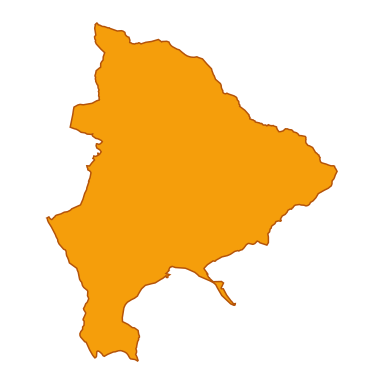 the district of Campulung Moldovenesc, Suceava, Romania
{"feature_id": "2599482B38136617822429", "entity_name": "Campulung Moldovenesc", "entity_type": "district", "adm_level": 2, "iso_a3": "ROU", "parent_name": "Romania", "parent_adm1": "Suceava", "projection": "robinson", "projection_center": [25.58, 47.494], "detail": "fine", "context": "isolated", "style": "filled", "palette": "amber", "viewbox_px": 384, "rotation_deg": 0, "n_neighbors": 0, "source": "geoboundaries", "source_scale": "gbopen_adm2", "svg_char_len": 5850}
<svg xmlns="http://www.w3.org/2000/svg" viewBox="0 0 384 384"><path d="M104.3,356.3L107.8,354.3L113.3,352.0L115.3,351.8L118.3,350.8L120.4,350.6L121.7,350.8L124.6,351.9L126.5,353.1L127.8,354.6L129.7,357.9L130.7,358.9L135.0,359.5L137.6,361.0L138.1,360.3L137.6,359.2L137.3,357.8L135.7,354.3L136.5,352.5L136.6,351.0L135.9,348.7L136.6,347.2L136.7,346.0L137.6,341.6L138.6,339.7L138.6,338.0L139.4,337.2L139.4,336.0L138.7,334.3L138.1,330.5L134.5,327.9L132.3,327.6L128.1,324.4L122.5,321.6L122.3,317.7L123.9,307.8L125.3,304.7L127.4,302.2L131.4,299.7L134.5,298.2L137.5,296.0L138.0,294.8L140.0,291.3L141.7,288.7L145.4,285.3L151.5,283.7L155.2,282.9L161.8,278.8L162.5,278.6L166.0,275.8L166.4,277.4L167.1,277.6L167.8,277.4L168.0,275.8L169.7,274.7L166.0,273.5L168.5,271.1L168.3,271.1L169.8,267.5L171.0,267.0L170.8,266.9L171.1,266.7L172.2,266.4L175.4,267.5L185.3,268.2L187.9,269.2L194.8,272.3L197.6,274.6L199.0,276.1L209.9,280.8L213.4,282.7L215.7,284.6L217.4,287.9L221.8,295.5L230.7,303.9L233.6,305.2L234.3,305.3L235.1,304.9L235.3,303.6L233.5,303.8L231.6,301.4L231.3,301.3L226.7,295.2L223.3,288.8L221.5,288.8L221.1,288.1L223.5,283.0L221.5,281.5L213.2,281.7L209.8,278.6L209.4,277.8L208.7,277.6L207.5,275.2L207.8,274.3L207.0,274.2L206.8,273.8L207.2,273.2L204.0,268.7L204.3,268.0L207.5,264.6L213.1,260.9L214.7,261.2L215.5,261.0L216.0,260.2L221.9,256.9L227.4,255.6L230.4,254.3L234.8,251.4L237.8,250.6L238.8,251.0L240.5,250.1L242.2,249.7L243.9,248.0L246.2,244.9L247.7,243.7L248.8,243.4L252.6,244.3L253.4,244.2L254.9,243.5L257.2,241.1L259.1,241.9L259.9,242.8L266.9,245.1L268.4,242.6L268.4,237.0L267.9,234.3L268.0,233.5L269.6,231.8L270.0,229.6L270.3,228.8L271.2,228.1L271.5,226.5L271.9,225.9L274.9,223.7L276.0,221.6L278.4,220.9L280.6,221.2L281.0,220.9L281.2,220.3L280.4,219.2L282.3,215.9L285.2,214.4L287.2,212.0L287.9,210.3L290.0,209.1L291.6,209.1L292.0,208.2L292.8,207.8L293.9,206.2L295.3,205.1L299.4,204.5L301.1,205.0L303.9,205.2L306.0,205.9L307.8,205.5L309.4,204.4L310.5,202.4L313.1,200.8L315.9,197.7L318.3,193.6L324.3,190.2L328.2,188.3L331.3,185.8L332.0,183.8L332.0,182.0L332.3,180.5L333.5,179.4L334.4,177.7L335.3,175.0L337.1,171.4L335.5,168.4L334.8,167.5L334.6,166.3L333.7,165.8L331.0,165.8L328.6,165.1L326.5,164.2L322.0,162.9L320.7,162.0L320.4,161.5L319.8,159.0L320.1,157.5L319.2,156.5L318.9,155.1L318.1,154.7L316.5,153.0L315.6,152.6L312.6,147.5L309.6,145.9L307.8,145.3L305.8,142.6L305.7,140.5L306.0,139.6L305.8,138.5L305.9,137.6L305.8,137.2L305.1,136.4L301.0,135.6L299.2,135.6L298.2,134.1L296.6,132.8L293.3,131.8L292.9,131.0L291.7,129.9L288.6,129.5L287.7,128.9L285.4,128.8L283.1,130.9L280.7,131.6L278.9,131.7L277.5,129.8L276.7,128.0L276.5,126.9L273.8,126.0L273.1,125.5L271.8,125.9L271.0,125.5L270.1,125.6L268.5,124.7L268.0,124.9L267.9,125.5L266.6,125.8L265.7,125.0L263.6,125.1L262.5,124.5L262.4,124.1L261.7,123.5L260.2,123.5L259.7,123.0L255.7,122.1L255.2,121.8L254.9,120.9L254.1,120.7L253.1,119.9L252.2,119.8L249.8,118.8L249.8,118.0L250.0,117.5L249.2,116.3L249.0,115.8L249.1,115.1L244.9,110.3L239.6,106.3L239.9,105.3L239.6,104.7L239.0,104.1L238.7,101.4L237.3,99.9L236.8,97.9L236.0,97.0L233.9,95.8L228.5,94.0L227.2,93.3L226.5,93.3L225.8,93.8L225.2,93.8L224.0,93.4L223.2,92.8L222.9,92.2L222.7,90.3L222.2,89.8L221.4,87.7L221.1,85.2L220.4,83.6L215.5,79.3L214.2,75.8L213.4,74.6L211.9,70.5L211.5,68.8L206.9,64.0L202.5,58.9L198.6,57.6L196.9,56.8L194.2,57.3L191.9,57.2L190.1,56.9L187.3,56.0L184.3,54.2L184.0,53.7L182.5,52.7L179.2,49.8L177.1,49.2L172.3,46.6L170.9,45.4L169.5,43.4L169.0,42.1L166.8,41.3L162.4,41.5L161.7,41.9L158.4,39.5L151.5,41.5L145.8,42.3L141.0,43.9L139.4,42.9L138.6,42.8L137.6,43.4L136.0,43.4L134.6,44.0L132.0,43.6L131.1,42.9L129.7,42.5L129.9,40.2L128.9,37.2L128.3,37.1L126.5,36.1L125.3,34.5L124.9,32.4L123.0,31.1L121.4,30.7L117.3,31.0L109.7,28.3L109.4,27.9L107.8,27.8L104.5,26.6L102.2,26.4L99.9,25.2L98.4,24.8L97.9,24.1L96.9,23.0L95.8,23.9L95.2,24.7L95.4,24.8L94.7,28.2L95.8,35.1L94.5,36.8L94.9,39.1L95.6,40.0L95.3,41.6L96.0,43.4L96.4,44.1L101.0,49.2L104.7,52.7L103.2,56.9L103.1,59.9L101.5,62.0L100.7,63.5L100.6,67.3L99.3,68.1L96.2,70.7L95.5,74.1L95.0,75.4L95.1,76.4L95.6,77.1L95.3,79.0L95.7,80.0L95.7,81.3L97.2,84.7L97.7,85.0L97.9,85.4L98.1,87.9L99.0,90.0L98.4,91.5L98.9,92.9L98.6,96.0L99.3,97.0L99.0,98.0L99.4,99.4L99.2,99.5L99.2,100.0L96.7,100.8L92.1,103.3L83.3,104.8L80.1,104.4L77.8,105.0L74.0,107.1L73.5,109.6L72.8,114.4L70.2,127.2L74.2,128.7L76.2,129.2L78.3,130.3L81.1,132.3L85.0,132.9L87.1,134.1L91.1,134.4L92.6,134.0L92.3,135.5L92.8,136.2L95.9,138.4L98.0,138.8L101.0,140.3L102.3,141.6L101.6,142.6L99.9,144.0L98.8,144.4L97.4,143.8L96.5,143.8L96.1,145.8L96.8,148.0L99.9,149.9L101.2,151.8L99.4,154.5L98.9,154.3L98.3,153.3L97.8,153.3L98.1,155.3L95.8,156.4L93.8,156.0L93.6,157.1L92.9,158.5L93.9,159.0L94.5,160.0L92.0,162.7L89.6,165.9L86.8,165.8L87.3,167.7L87.8,168.5L87.8,169.6L88.0,170.0L89.5,170.7L90.6,171.9L90.9,172.5L90.9,173.2L90.0,177.8L88.6,181.2L89.0,181.5L86.9,187.7L86.6,189.6L84.7,193.4L82.9,199.4L80.5,204.9L71.8,208.8L70.4,210.2L67.5,211.7L64.2,212.2L60.9,213.9L56.3,215.2L55.3,215.9L54.9,216.7L53.7,217.6L52.7,218.8L51.9,219.5L51.5,219.5L50.1,218.7L48.9,216.9L46.9,218.0L47.2,218.2L47.6,220.3L48.5,222.4L51.4,227.0L55.3,234.5L56.2,236.9L57.6,239.4L57.9,241.5L59.1,244.0L63.6,249.2L65.3,249.9L66.0,251.2L66.2,252.1L66.3,254.0L66.6,255.1L66.6,255.7L67.4,257.1L68.4,259.5L69.4,262.9L76.8,268.3L77.3,270.2L78.2,272.2L79.6,279.3L80.7,281.2L81.6,282.2L82.5,285.6L83.8,287.5L87.3,290.4L87.8,291.5L87.5,295.8L88.3,297.4L88.7,298.8L87.2,302.3L85.7,303.8L84.7,306.4L83.5,308.6L83.9,309.9L85.6,312.6L85.6,313.7L83.1,319.2L83.2,320.1L84.2,321.2L84.0,325.3L82.6,327.0L82.6,329.3L80.8,331.6L79.9,333.7L80.0,335.6L80.7,337.1L84.7,341.7L86.2,342.3L89.6,349.8L92.5,354.9L93.9,356.8L94.9,357.9L95.8,357.4L96.5,356.3L96.8,351.8L97.4,351.2L98.0,351.0L99.4,351.6L101.8,353.7L103.1,355.7L104.3,356.3Z" fill="#f59e0b" stroke="#b45309" stroke-width="1.5"/></svg>